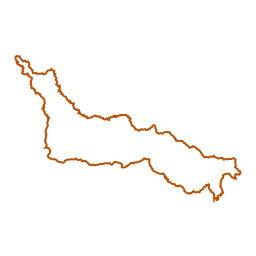 El Carmen, Norte de Santander, Colombia (Albers equal-area conic projection), rotated 270°
{"feature_id": "7082276B17655587109293", "entity_name": "El Carmen", "entity_type": "district", "adm_level": 2, "iso_a3": "COL", "parent_name": "Colombia", "parent_adm1": "Norte de Santander", "projection": "albers", "projection_center": [-73.319, 8.847], "detail": "fine", "context": "isolated", "style": "outline", "palette": "amber", "viewbox_px": 256, "rotation_deg": 270, "n_neighbors": 0, "source": "geoboundaries", "source_scale": "gbopen_adm2", "svg_char_len": 5736}
<svg xmlns="http://www.w3.org/2000/svg" viewBox="0 0 256 256"><g transform="rotate(270 128 128)"><path d="M77.3,235.7L79.2,235.2L81.7,235.4L81.9,236.3L81.2,238.7L81.7,239.0L81.9,239.7L82.3,239.6L83.2,240.6L84.8,240.1L85.5,238.2L86.9,237.6L88.8,235.1L90.4,235.7L93.2,235.5L94.1,235.0L96.2,235.6L97.6,234.1L97.9,233.4L97.0,231.1L97.0,228.4L96.6,227.4L97.0,225.9L96.4,223.6L98.0,222.6L98.1,221.5L97.4,218.7L98.2,217.5L98.9,214.8L100.2,213.9L99.2,212.6L99.4,210.2L98.5,208.6L99.0,206.3L98.8,204.2L101.7,201.9L102.9,201.7L103.4,201.0L104.7,200.2L106.3,198.4L107.1,196.9L108.5,195.9L108.9,194.2L109.6,193.8L109.8,193.1L108.5,190.9L108.7,190.0L108.3,189.4L109.3,188.7L111.4,186.2L111.5,185.7L112.6,185.3L113.3,183.8L115.0,182.3L115.2,176.4L116.0,176.3L116.1,175.6L117.0,175.5L117.9,174.7L118.1,175.0L120.4,172.6L120.9,171.6L122.5,170.2L123.7,169.8L123.5,169.2L124.1,167.4L123.7,166.1L123.8,163.9L122.8,163.2L122.3,162.3L123.0,160.4L122.3,158.8L123.5,156.8L123.9,156.3L125.6,156.4L127.7,155.4L129.4,155.3L130.6,154.6L130.7,153.2L130.4,152.5L129.0,152.0L127.6,150.0L126.7,149.5L126.7,148.0L126.1,147.5L126.0,146.9L126.2,145.9L126.9,145.2L126.2,142.2L126.8,141.2L125.5,139.2L125.5,138.1L126.7,136.7L126.6,135.3L129.1,134.3L130.4,132.0L132.6,131.1L134.1,130.9L135.6,129.6L137.3,130.5L137.7,129.8L138.3,129.6L138.0,129.0L138.7,127.9L139.9,128.0L140.4,126.5L141.0,126.2L141.1,121.1L140.6,120.9L140.9,120.1L140.3,118.7L140.4,118.0L139.8,117.6L140.0,115.9L139.0,115.9L138.9,115.3L139.4,114.6L140.0,114.8L140.4,113.8L138.9,112.8L139.1,111.0L137.9,110.0L137.8,108.9L136.0,109.0L136.3,107.9L137.2,108.0L137.6,107.1L136.4,105.1L136.9,103.4L138.0,103.3L138.4,100.6L139.6,100.0L139.2,98.3L139.9,97.2L139.8,96.0L140.5,95.2L139.0,92.1L137.7,87.9L137.8,87.3L139.0,87.1L139.4,86.1L139.2,85.3L140.0,85.0L140.1,84.3L141.1,83.7L141.1,83.3L140.4,82.9L140.5,82.3L141.8,81.0L142.8,78.6L143.3,79.1L143.3,79.8L143.9,79.7L144.3,78.8L145.6,78.9L145.4,78.5L145.8,77.7L146.4,77.5L146.1,76.0L147.1,75.2L147.6,73.9L148.6,74.0L151.6,72.8L151.8,73.8L152.5,73.9L153.0,70.5L153.7,70.7L155.0,70.1L154.4,69.0L155.3,68.5L156.1,67.2L156.8,67.2L157.3,66.6L159.1,65.9L159.5,64.6L160.5,63.1L162.1,62.4L162.0,61.3L163.3,61.5L163.9,61.0L164.2,60.3L165.5,60.3L165.0,58.7L167.2,59.6L168.7,59.3L168.9,59.8L170.4,59.8L170.0,57.9L170.7,57.5L171.7,56.2L173.1,57.2L173.8,57.3L176.2,55.8L177.9,56.5L180.2,54.5L181.0,54.5L182.0,55.3L182.6,54.1L183.8,53.9L184.6,54.4L185.1,54.3L185.7,52.5L187.0,51.3L185.8,50.4L185.5,47.9L184.1,46.6L182.8,46.2L181.5,43.7L182.2,43.2L182.8,42.2L182.4,41.6L182.5,41.0L182.1,40.0L182.4,38.0L182.1,37.4L182.4,36.5L183.0,36.1L182.8,33.1L184.7,32.5L185.8,32.6L186.3,31.6L187.3,31.2L189.2,28.9L190.2,28.9L191.0,29.4L193.1,29.0L194.2,28.4L194.5,27.8L193.9,26.4L195.4,25.1L194.6,23.4L194.8,22.8L198.4,20.0L199.6,19.6L199.2,19.1L200.0,16.7L199.3,15.7L198.0,15.4L195.4,16.3L193.9,18.2L193.4,18.0L193.0,16.8L191.7,17.7L190.5,20.7L189.7,21.0L190.2,22.2L190.0,22.6L189.2,22.6L188.1,23.6L187.5,23.4L187.4,23.0L186.5,22.5L185.0,22.6L184.7,23.2L182.9,22.1L182.0,23.5L181.5,25.3L181.6,26.6L182.5,27.5L181.4,28.5L180.4,28.2L179.4,29.3L178.3,31.9L175.9,31.5L174.4,30.5L173.7,31.1L172.4,31.0L171.4,30.5L170.2,31.5L168.2,31.2L167.9,31.5L168.2,32.0L167.6,32.4L167.5,33.6L166.8,33.9L166.5,34.5L165.7,34.4L165.4,35.0L164.7,35.0L163.6,35.9L162.6,35.8L162.6,36.9L163.1,38.2L161.2,39.8L161.5,40.4L160.2,40.5L158.0,42.7L157.7,43.5L156.4,44.3L152.5,44.8L151.0,43.8L150.1,43.6L149.7,44.0L149.2,43.2L148.9,43.2L148.9,43.7L148.5,44.0L147.2,42.7L147.0,43.4L145.2,43.7L144.5,44.6L143.2,44.6L141.8,45.3L140.7,47.1L140.0,46.8L139.0,48.4L137.9,49.0L137.6,47.9L136.8,48.4L136.3,47.9L135.1,48.1L134.1,47.5L132.3,47.3L130.5,47.9L125.4,45.6L122.5,45.9L121.5,46.5L120.3,45.8L119.0,46.2L118.2,46.0L115.7,45.0L114.9,45.5L113.9,45.2L112.4,46.2L111.0,46.7L109.3,46.3L108.3,45.4L108.4,46.8L107.7,49.0L106.4,49.4L105.7,50.2L105.0,50.4L102.2,49.4L100.8,48.0L100.1,47.7L99.1,48.2L97.7,50.0L96.8,52.4L96.7,55.5L94.5,57.7L93.2,63.1L93.8,64.1L95.2,65.0L96.1,66.6L96.7,71.1L96.5,74.3L97.6,75.8L96.4,77.0L95.9,78.2L96.5,81.0L95.9,81.6L95.0,81.7L94.7,82.2L95.1,82.7L94.9,85.7L92.1,88.9L91.5,89.1L90.7,91.9L91.4,92.7L90.6,95.4L91.3,96.2L91.1,97.9L91.9,99.5L92.1,102.6L92.8,105.3L92.5,107.8L93.0,109.5L91.5,110.9L91.2,111.9L94.1,114.6L92.9,120.2L92.3,121.2L91.4,122.0L88.7,121.8L88.5,123.8L89.2,126.0L90.1,126.7L90.2,127.6L93.1,131.1L93.0,132.8L92.6,133.4L93.4,133.9L93.6,135.2L93.4,136.6L94.3,137.8L94.4,139.7L96.3,143.2L97.6,144.0L97.6,144.6L96.6,146.3L96.9,148.4L96.5,149.3L94.3,149.2L90.5,149.8L89.5,151.1L88.2,151.4L87.2,152.5L86.8,152.2L85.9,152.6L84.9,153.7L82.7,158.3L82.0,161.2L82.6,163.3L81.0,164.6L80.7,164.3L80.0,164.5L79.1,165.6L78.7,164.9L78.1,165.0L78.1,165.8L77.3,166.5L77.5,166.9L77.2,167.5L76.9,167.4L77.0,167.7L76.3,168.1L75.7,167.7L75.0,168.2L74.8,167.9L74.3,168.1L74.3,168.5L73.7,169.0L73.8,170.4L73.1,170.8L72.0,172.5L72.0,174.0L71.6,174.9L70.1,175.8L69.8,178.8L70.5,179.2L70.1,180.8L68.9,182.5L66.7,184.2L64.9,184.4L63.2,186.8L62.4,188.8L62.8,189.1L62.7,190.6L63.2,191.2L63.0,191.6L65.0,193.5L63.6,195.0L64.0,197.8L63.7,199.6L65.7,200.4L66.4,202.4L69.0,204.1L69.8,206.1L70.9,206.1L71.2,206.9L71.0,207.3L71.7,208.5L70.6,209.2L68.5,208.7L67.5,208.8L66.8,209.7L65.6,210.4L65.6,210.8L63.8,211.5L63.6,212.7L61.8,214.1L60.9,213.9L59.4,214.3L58.5,213.9L58.4,214.2L56.4,214.2L57.1,214.6L58.2,216.5L56.7,217.1L56.0,216.9L56.4,217.9L56.9,218.2L58.5,218.4L59.2,218.0L60.1,218.1L60.7,219.4L60.6,221.1L62.3,220.9L62.6,222.6L63.5,223.1L64.0,222.6L65.0,222.6L65.8,221.9L68.1,221.4L69.8,220.2L70.5,220.7L72.3,220.5L74.5,221.2L76.0,221.1L77.0,221.6L77.8,222.7L78.7,223.3L80.1,222.9L80.9,223.2L82.2,225.9L82.4,229.0L78.5,232.1L78.4,233.5L77.5,234.1L77.3,235.7Z" fill="none" stroke="#b45309" stroke-width="2"/></g></svg>